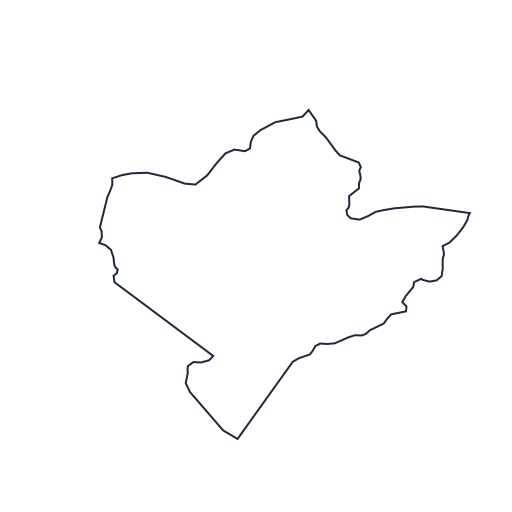 Simiyu, Albers equal-area conic projection, rotated 126°
{"feature_id": "TZA-5585", "entity_name": "Simiyu", "entity_type": "Region", "adm_level": 1, "iso_a3": "TZA", "parent_name": "United Republic of Tanzania", "parent_adm1": "", "projection": "albers", "projection_center": [34.096, -3.023], "detail": "fine", "context": "isolated", "style": "outline", "palette": "slate", "viewbox_px": 512, "rotation_deg": 126, "n_neighbors": 0, "source": "natural_earth", "source_scale": "10m", "svg_char_len": 1516}
<svg xmlns="http://www.w3.org/2000/svg" viewBox="0 0 512 512"><g transform="rotate(126 256 256)"><path d="M163.2,94.0L169.6,95.6L174.7,100.5L177.4,107.3L177.3,108.9L184.1,112.7L188.7,110.6L200.3,111.3L207.2,110.6L208.4,104.6L212.6,102.1L223.7,112.3L229.7,113.0L235.7,113.0L249.2,120.3L254.0,121.2L258.0,123.6L262.0,129.4L267.7,133.6L280.4,141.0L285.2,146.5L289.1,152.6L294.0,155.1L299.6,154.4L304.0,154.6L313.6,161.3L320.0,164.1L414.9,163.4L416.4,180.1L404.9,229.3L400.2,238.1L390.8,242.4L388.1,244.6L385.1,246.4L378.6,244.3L374.5,237.9L368.0,232.7L362.0,231.8L360.4,355.1L355.7,359.6L351.6,358.5L348.2,359.9L347.9,362.5L346.9,365.0L341.0,370.4L336.3,376.9L335.7,383.8L337.6,390.5L331.4,391.7L326.8,395.4L324.6,399.1L295.3,411.0L289.0,412.3L282.8,414.1L277.7,418.0L269.4,412.0L262.1,405.1L252.5,392.8L245.2,375.8L239.3,356.1L233.8,347.0L219.6,342.9L203.6,342.4L190.8,341.0L182.6,336.0L177.6,326.4L172.6,324.1L166.6,327.3L160.2,328.7L151.6,326.4L136.5,319.1L124.1,307.7L115.9,300.3L107.0,299.3L111.2,286.9L115.5,282.8L117.7,277.4L118.9,269.2L123.8,254.3L125.3,247.3L120.0,227.9L122.4,223.5L126.5,222.5L129.1,219.3L132.0,216.7L136.2,215.5L140.9,212.5L152.8,215.9L159.4,210.8L162.4,209.5L165.9,209.7L169.2,206.3L169.8,201.4L165.6,193.5L157.7,188.7L149.9,185.1L143.6,179.5L136.0,172.0L122.8,156.7L117.7,149.9L95.6,108.2L98.1,107.9L102.9,106.1L111.4,105.3L121.8,105.7L131.5,107.4L138.4,110.8L142.4,106.5L144.7,104.6L147.3,103.8L148.9,103.0L156.8,97.3L163.2,94.0Z" fill="none" stroke="#1e293b" stroke-width="2"/></g></svg>